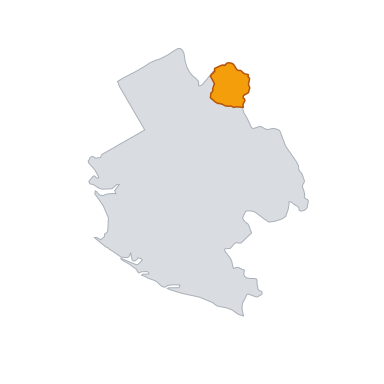 location of Zadiè, Ogooué-Ivindo, Gabon, rotated 330°
{"feature_id": "22940354B86386728493807", "entity_name": "Zadiè", "entity_type": "district", "adm_level": 2, "iso_a3": "GAB", "parent_name": "Gabon", "parent_adm1": "Ogooué-Ivindo", "projection": "natural_earth1", "projection_center": [13.91, 0.867], "detail": "fine", "context": "in_parent", "style": "filled", "palette": "amber", "viewbox_px": 384, "rotation_deg": 330, "n_neighbors": 0, "source": "geoboundaries", "source_scale": "gbopen_adm2", "svg_char_len": 5977}
<svg xmlns="http://www.w3.org/2000/svg" viewBox="0 0 384 384"><g transform="rotate(330 192 192)"><path d="M254.6,64.9L254.4,67.9L251.5,75.2L250.1,80.8L249.8,86.9L250.6,91.7L252.0,95.1L252.9,98.9L252.2,101.5L250.8,102.7L251.8,104.0L253.9,104.3L257.5,103.1L263.1,101.1L270.5,98.2L275.3,96.7L283.2,97.7L287.5,98.8L289.6,100.8L292.0,109.4L293.2,110.8L295.1,114.4L296.7,118.8L297.0,121.1L296.9,122.7L295.2,125.1L293.4,128.6L292.8,130.7L291.3,132.3L289.3,133.8L284.0,134.5L283.2,135.4L281.7,139.1L278.9,142.3L277.6,145.3L276.5,149.3L276.7,154.2L276.2,161.3L275.6,166.1L277.0,167.8L283.3,169.0L284.6,170.0L286.3,172.9L288.4,175.7L294.2,177.5L296.5,179.6L298.3,182.0L298.6,183.9L297.2,191.6L296.0,199.1L296.5,204.7L296.9,210.1L297.6,218.0L297.3,222.7L295.7,225.7L295.7,228.0L296.4,230.7L295.0,238.4L294.0,239.7L291.4,241.1L290.1,243.1L289.6,246.4L288.2,250.8L286.8,252.4L286.8,254.5L288.2,256.0L288.2,258.2L285.6,261.0L284.0,263.1L280.5,264.1L276.6,263.0L275.7,261.5L276.6,259.1L276.3,257.2L274.9,255.2L272.8,250.1L270.9,249.0L269.9,251.1L266.7,255.0L261.0,260.0L257.0,260.4L249.6,258.9L243.5,256.5L240.6,250.6L238.7,245.8L236.1,240.2L233.2,237.5L230.0,235.8L228.6,235.7L224.1,238.8L222.7,240.0L222.8,242.7L223.2,245.1L223.9,246.3L224.5,247.9L224.4,250.3L223.6,253.6L223.3,257.2L209.1,260.7L206.7,259.5L204.9,257.8L202.8,258.1L196.6,260.0L194.4,258.7L192.2,257.8L191.1,258.5L191.0,260.1L192.1,268.6L191.8,271.8L190.4,276.0L189.7,278.9L193.4,279.7L194.8,281.0L196.1,283.2L197.9,285.2L198.0,286.4L196.0,288.6L195.3,291.3L196.2,293.5L198.8,295.7L202.5,298.0L204.3,299.5L204.2,300.9L202.4,303.9L201.8,306.4L200.6,308.7L200.8,310.7L202.5,312.7L202.3,314.4L201.2,315.7L198.9,315.5L196.9,315.7L195.2,315.1L189.6,308.4L188.4,308.2L180.5,313.4L178.5,315.5L176.8,318.5L174.6,325.1L171.0,321.3L167.8,314.3L164.2,309.9L156.5,303.0L154.4,297.8L145.6,286.5L133.0,275.1L123.8,265.3L122.5,263.1L124.0,263.4L132.8,268.3L134.0,267.7L135.0,266.6L131.2,264.1L127.6,262.0L124.2,260.8L120.8,260.9L118.8,258.8L117.6,255.6L117.0,252.9L115.5,250.1L110.6,244.3L109.4,242.0L106.8,238.9L108.4,238.5L113.6,241.5L114.1,240.3L113.6,238.6L108.4,235.8L105.5,235.6L104.9,233.6L105.3,231.4L101.5,222.9L97.7,216.5L97.0,213.5L107.5,227.3L108.9,227.6L110.8,227.4L115.1,225.9L114.3,224.0L112.3,222.0L110.4,223.0L107.9,223.1L106.7,222.3L106.1,220.9L108.5,214.2L107.5,214.5L106.7,215.7L105.3,216.3L103.2,216.6L98.1,213.0L93.5,203.3L92.3,201.3L91.1,197.9L89.9,196.6L84.7,182.7L86.7,183.8L89.1,187.8L93.7,186.9L95.5,184.6L97.1,184.7L98.7,184.2L100.7,182.0L106.7,172.5L108.2,159.9L107.7,152.5L106.9,145.1L108.8,142.7L109.6,144.3L110.0,146.9L110.9,148.9L113.0,150.6L116.9,151.1L123.0,153.8L125.2,155.5L125.8,152.1L132.8,149.1L130.6,148.0L124.4,149.2L115.9,144.8L113.1,141.9L110.5,136.6L107.7,133.8L107.9,131.3L114.0,129.0L115.6,129.2L116.3,132.0L117.9,133.1L118.6,132.7L118.8,130.4L118.9,124.1L117.0,115.0L117.6,113.2L119.2,112.6L120.7,111.4L121.8,111.2L123.8,111.4L124.9,113.5L125.5,114.7L127.5,115.2L129.3,116.3L130.7,116.0L132.0,114.7L133.8,114.4L139.3,114.5L144.4,114.5L154.4,114.5L164.5,114.6L174.6,114.6L182.1,114.6L182.1,109.4L182.1,101.4L182.0,92.0L182.0,82.9L182.0,74.5L181.9,64.6L182.3,61.8L182.8,60.6L182.6,59.0L190.4,58.9L204.5,59.6L210.7,59.5L212.4,59.6L220.1,59.1L226.4,59.7L229.0,60.4L231.4,60.8L238.9,61.2L248.6,60.7L251.9,60.8L253.8,62.2L254.6,64.9Z" fill="#d9dde1" stroke="#a8b0b8" stroke-width="1"/><path d="M278.7,144.2L278.9,143.6L279.3,143.1L279.5,142.6L279.8,141.9L280.2,141.5L280.8,141.0L281.5,140.6L282.5,140.0L283.1,139.6L283.5,139.2L283.7,138.7L283.9,137.8L284.0,137.4L283.8,137.1L283.6,136.7L283.4,136.3L283.5,135.9L283.7,135.4L284.2,134.8L284.7,134.4L285.5,134.1L285.9,134.1L286.6,134.1L287.3,134.1L288.0,134.2L289.1,134.2L290.6,134.1L290.9,133.8L291.8,133.0L292.5,132.1L293.2,131.6L293.9,130.9L294.1,130.5L294.3,130.1L294.3,129.5L294.4,128.8L294.4,128.2L294.4,127.7L294.7,127.2L295.0,126.7L295.5,126.0L295.9,125.6L296.5,125.0L297.1,124.3L298.0,123.3L298.3,122.8L298.6,122.4L298.6,121.9L298.5,121.4L298.3,121.0L298.4,120.7L298.3,120.3L298.2,120.1L298.4,119.8L298.7,119.6L298.9,119.4L299.2,119.0L299.3,118.7L299.3,118.3L299.1,118.0L298.8,117.9L298.3,117.6L297.8,117.0L296.9,116.2L296.2,115.0L295.7,113.8L295.4,112.5L295.1,111.7L294.8,111.0L294.3,110.7L293.9,110.4L293.3,110.2L292.6,109.6L292.1,108.6L291.9,107.5L292.0,106.7L291.9,105.2L291.9,104.0L291.8,102.8L291.6,101.9L291.4,101.3L291.1,100.9L290.9,100.6L290.5,100.2L290.1,99.8L289.7,99.4L289.0,98.9L288.6,98.5L287.8,98.2L287.3,98.1L286.7,97.9L286.2,97.9L285.8,98.1L285.4,98.2L284.9,98.4L284.4,98.7L284.0,98.7L283.6,98.7L283.2,98.6L282.9,98.4L282.6,98.1L282.3,97.7L281.8,97.3L281.4,97.1L280.6,97.0L278.3,96.7L275.2,96.5L273.7,96.4L273.3,96.4L273.0,96.7L272.9,97.1L272.8,97.4L272.5,98.0L272.3,98.6L272.0,99.0L271.7,99.2L271.3,99.1L271.1,99.0L270.9,99.0L270.6,99.0L270.3,99.2L270.0,99.5L269.8,99.6L269.1,99.7L268.3,99.7L267.7,99.8L267.3,100.1L267.0,100.3L266.6,100.6L266.2,100.9L265.8,101.1L265.8,102.4L265.8,103.8L265.8,105.2L265.7,106.1L265.7,107.1L265.6,108.0L265.6,108.7L265.6,109.3L265.4,109.7L264.9,110.0L264.4,110.3L263.9,110.8L263.3,111.4L262.8,111.8L262.5,112.2L262.1,112.6L261.7,112.7L261.5,113.0L261.4,113.3L261.1,113.9L260.9,114.4L260.5,114.9L259.9,115.4L259.2,115.5L258.5,115.5L258.3,115.7L258.2,115.8L257.8,116.0L257.4,116.2L257.2,116.5L256.9,117.1L256.6,117.6L256.3,118.0L255.9,118.5L255.4,119.0L255.1,119.5L255.1,119.9L255.3,120.6L255.5,120.9L255.8,121.9L256.0,122.3L256.3,123.1L256.5,123.8L256.9,124.8L257.2,125.7L257.9,126.9L258.4,127.9L258.7,128.3L259.3,128.7L259.7,128.8L260.1,129.0L260.4,129.4L260.6,129.8L260.9,130.1L261.2,130.3L261.5,130.5L262.2,131.3L263.2,132.9L263.4,133.3L264.1,134.3L264.6,134.6L265.1,134.9L265.7,135.3L266.2,135.8L266.6,136.1L267.2,136.2L267.8,136.5L268.4,136.8L268.8,137.1L269.2,137.5L269.6,138.3L270.0,139.1L270.3,139.5L270.8,139.7L271.7,140.0L273.0,140.4L273.9,141.0L275.0,141.7L276.1,142.5L276.8,143.0L277.3,143.5L278.0,143.9L278.7,144.2Z" fill="#f59e0b" stroke="#b45309" stroke-width="1.5"/></g></svg>